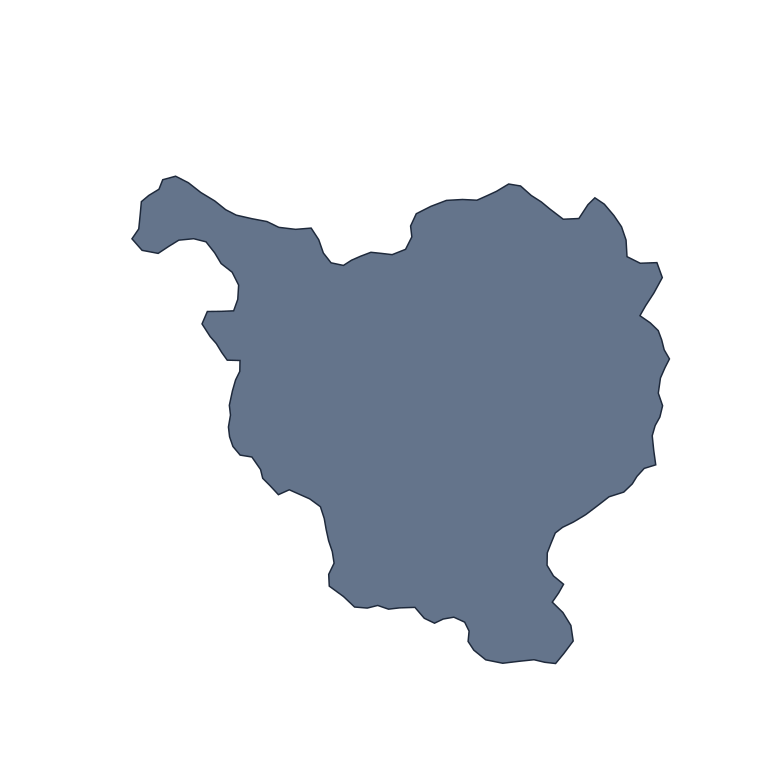 Ouro Verde de Minas, Minas Gerais, Brazil (Natural Earth projection), rotated 286°
{"feature_id": "56859067B63067715141112", "entity_name": "Ouro Verde de Minas", "entity_type": "district", "adm_level": 2, "iso_a3": "BRA", "parent_name": "Brazil", "parent_adm1": "Minas Gerais", "projection": "natural_earth1", "projection_center": [-41.295, -18.032], "detail": "fine", "context": "isolated", "style": "filled", "palette": "slate", "viewbox_px": 768, "rotation_deg": 286, "n_neighbors": 0, "source": "geoboundaries", "source_scale": "gbopen_adm2", "svg_char_len": 2079}
<svg xmlns="http://www.w3.org/2000/svg" viewBox="0 0 768 768"><g transform="rotate(286 384 384)"><path d="M519.4,115.0L509.2,114.0L500.4,105.9L492.4,100.5L480.4,102.8L465.5,105.5L454.1,101.7L445.8,114.6L447.3,130.9L456.9,139.1L465.7,147.1L471.2,161.0L471.6,173.7L463.4,185.1L454.9,194.2L449.6,207.2L439.0,217.0L425.1,220.1L412.9,219.3L409.1,207.9L405.0,194.2L391.6,192.5L381.6,203.9L376.6,211.7L369.6,219.3L363.7,226.7L366.9,239.1L356.4,241.9L347.0,240.2L335.6,240.2L320.9,241.2L311.8,245.0L299.8,246.3L290.7,250.1L282.3,256.0L276.0,265.3L277.4,277.1L267.8,288.9L259.9,293.4L254.9,302.4L248.5,313.0L256.2,322.1L254.7,332.8L253.1,344.2L248.5,356.7L238.3,363.6L228.2,368.5L218.0,374.0L208.6,380.5L198.0,385.4L185.8,383.3L174.6,387.1L168.5,403.7L161.5,417.2L164.0,429.7L169.4,439.0L168.8,450.4L173.1,460.7L177.8,475.3L169.9,487.3L168.0,498.5L174.4,505.7L179.1,515.4L177.3,527.2L169.9,533.9L159.7,535.8L152.9,543.7L146.9,557.8L148.3,575.1L154.7,590.3L160.3,604.2L160.8,615.2L162.6,626.0L174.6,631.2L189.1,636.7L203.4,630.2L213.6,619.0L220.7,605.9L231.3,609.5L241.0,611.8L246.2,599.8L254.7,590.7L266.7,587.5L276.4,588.4L288.0,589.7L295.4,595.1L303.6,604.2L314.0,613.9L325.6,622.6L337.6,631.4L346.2,644.3L356.4,650.2L364.9,652.6L374.6,657.4L381.2,667.5L394.5,661.6L408.2,656.1L418.8,656.1L428.3,658.3L439.9,657.8L450.8,650.2L466.0,648.1L477.1,649.6L486.8,651.5L494.1,643.9L502.9,638.8L510.9,632.9L516.1,623.2L520.2,611.2L531.3,613.9L546.0,618.4L563.0,622.2L575.9,612.9L570.7,597.0L573.4,582.5L589.1,577.0L600.6,569.0L609.3,558.6L617.6,546.2L621.1,535.4L612.6,530.6L596.8,525.7L591.8,510.9L597.9,495.3L602.4,485.0L605.8,473.6L612.0,460.7L610.6,448.7L600.2,439.0L593.8,431.6L586.3,422.7L583.0,408.6L577.7,393.4L567.7,380.1L556.6,368.1L543.2,366.0L533.1,370.2L519.4,367.6L510.6,356.2L508.8,345.3L507.0,335.1L500.4,326.3L494.1,318.7L486.8,312.3L485.9,299.7L493.2,289.6L504.7,281.5L513.8,271.0L508.3,256.4L505.6,239.7L507.9,226.7L506.5,211.5L505.6,195.4L507.9,183.8L513.3,170.9L517.6,155.1L523.5,140.6L526.3,126.4L519.4,115.0Z" fill="#64748b" stroke="#1e293b" stroke-width="1.5"/></g></svg>